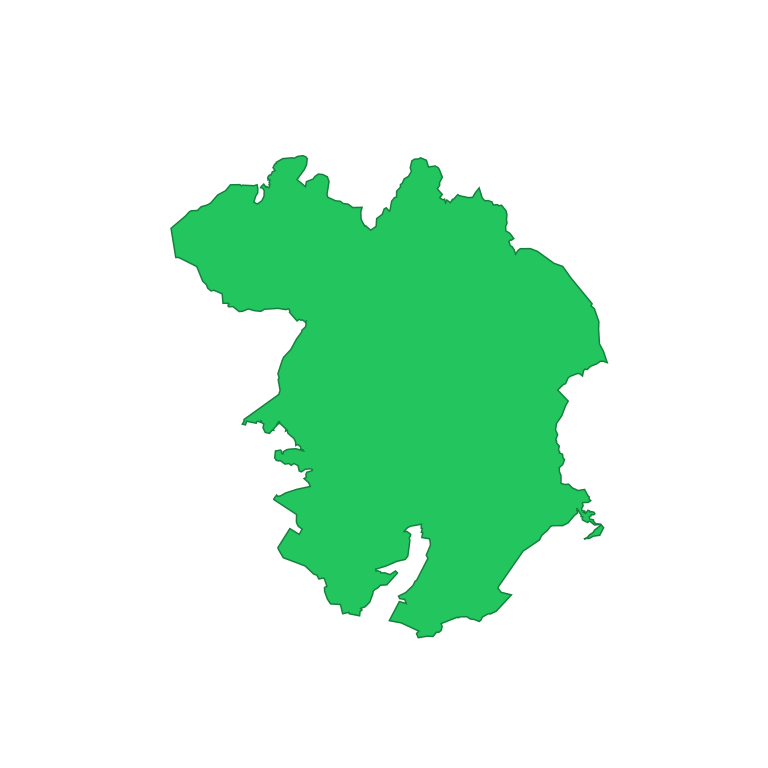 the district of Valle de Bravo, México, Mexico, rotated 212°
{"feature_id": "50627088B62549344911498", "entity_name": "Valle de Bravo", "entity_type": "district", "adm_level": 2, "iso_a3": "MEX", "parent_name": "Mexico", "parent_adm1": "México", "projection": "natural_earth1", "projection_center": [-100.12, 19.185], "detail": "fine", "context": "isolated", "style": "filled", "palette": "green", "viewbox_px": 768, "rotation_deg": 212, "n_neighbors": 0, "source": "geoboundaries", "source_scale": "gbopen_adm2", "svg_char_len": 6171}
<svg xmlns="http://www.w3.org/2000/svg" viewBox="0 0 768 768"><g transform="rotate(212 384 384)"><path d="M440.6,269.7L437.5,263.4L434.9,262.2L432.4,263.0L431.4,264.1L425.5,263.6L422.5,266.2L419.6,265.8L418.4,268.7L416.9,269.0L413.7,269.2L409.8,265.3L407.5,265.7L405.6,270.0L401.2,273.3L399.3,273.4L399.1,272.4L402.7,268.2L402.3,265.7L400.4,263.9L401.7,261.4L395.6,260.4L392.2,258.1L402.0,248.6L409.8,239.3L412.6,234.1L414.6,232.4L416.2,232.9L416.6,228.6L416.2,227.6L389.0,227.0L385.2,220.6L383.2,219.0L381.1,217.9L376.5,217.6L376.2,211.5L387.2,211.5L387.3,189.0L385.5,187.6L377.4,183.3L354.4,187.9L342.6,185.5L339.7,186.4L335.9,184.1L332.7,187.2L331.3,187.2L325.2,182.2L326.6,179.9L324.6,176.8L318.2,171.7L312.8,169.2L304.1,173.9L297.3,167.3L292.8,171.7L291.8,170.7L281.8,174.5L283.7,178.3L282.9,180.7L284.9,181.3L281.9,185.1L280.5,191.4L282.2,199.9L283.3,202.4L283.0,204.3L280.9,208.6L280.6,211.3L275.2,215.2L272.4,230.9L275.2,231.5L277.9,225.5L283.0,224.4L286.5,222.2L287.5,222.9L291.0,222.1L291.6,221.2L293.0,222.5L285.9,230.6L279.3,240.2L273.0,246.5L272.6,250.7L279.1,264.9L281.1,267.0L281.0,269.3L281.8,270.7L286.1,271.1L287.8,270.5L289.0,268.8L287.9,274.8L285.9,277.7L277.9,284.9L276.1,281.4L274.9,281.8L273.8,278.0L272.4,278.6L270.6,273.8L263.5,276.8L261.3,274.8L259.2,271.8L257.5,261.3L254.4,259.4L252.3,234.8L253.1,233.3L252.6,228.4L255.0,218.7L259.3,211.8L257.0,210.3L252.2,212.3L248.8,209.6L255.7,207.6L254.1,186.1L242.9,190.5L223.5,192.9L224.2,189.6L220.5,187.0L213.5,193.2L208.7,195.8L207.9,201.4L206.0,202.4L204.9,205.3L206.1,209.1L208.6,211.1L198.2,225.1L197.3,225.0L195.6,227.2L190.3,230.6L186.4,230.4L182.2,232.3L177.5,233.0L176.7,235.0L177.1,238.4L174.3,243.5L173.0,245.1L172.0,245.2L168.4,250.8L164.2,272.7L174.3,269.4L179.1,271.3L179.6,272.2L177.5,316.0L169.5,334.1L170.0,339.3L167.8,346.3L167.3,351.5L165.9,353.2L157.4,358.6L154.3,363.7L152.9,373.4L151.5,377.1L154.9,380.9L147.4,377.4L146.7,376.0L145.0,376.6L144.6,374.8L143.5,373.9L137.9,374.5L137.4,376.3L136.5,376.7L130.8,376.0L126.3,379.3L125.3,378.9L128.0,371.7L128.0,368.9L129.8,365.0L130.2,361.8L132.0,359.0L131.5,358.8L130.6,360.3L128.2,361.6L125.9,365.8L120.9,370.0L121.6,378.5L125.9,380.0L130.3,377.8L133.4,378.5L134.4,379.8L138.0,378.5L139.5,379.9L138.6,381.7L138.9,383.1L136.8,384.2L136.4,385.7L138.1,386.5L140.9,385.5L141.5,384.6L142.3,385.3L144.1,385.0L144.5,381.0L146.7,380.9L145.9,382.1L146.3,382.6L149.2,381.5L150.5,383.3L150.6,386.4L152.5,387.8L152.5,388.8L148.1,391.8L146.8,394.6L148.9,395.0L150.4,397.2L151.7,397.2L158.0,400.9L162.9,396.5L169.4,395.7L174.2,396.9L178.0,394.3L181.3,393.6L185.5,400.3L188.7,402.5L191.1,406.0L189.7,410.3L190.8,415.5L193.3,416.4L195.3,419.0L198.8,418.5L199.0,419.5L201.1,420.6L202.4,424.2L206.7,425.6L207.3,427.1L208.8,427.6L209.9,433.1L214.2,435.9L216.8,442.1L216.4,451.1L218.5,462.0L218.7,467.1L233.5,470.9L231.7,478.5L230.2,480.5L231.1,487.1L229.8,489.7L225.5,495.4L223.5,496.4L219.9,496.0L221.8,500.8L221.5,503.2L219.4,503.9L218.2,508.5L214.3,513.7L212.7,517.7L210.2,519.5L206.0,520.4L215.4,528.1L222.5,532.2L231.0,544.1L234.8,550.7L245.5,559.3L249.8,560.0L250.0,562.3L281.7,573.0L294.7,578.4L303.9,576.4L324.1,577.8L331.6,576.4L340.2,570.9L341.2,567.8L341.2,563.8L344.9,566.9L348.2,568.4L350.0,568.1L353.6,571.0L353.1,573.2L352.2,573.4L351.0,576.1L357.1,578.5L361.8,578.4L364.3,582.0L365.0,585.8L367.2,588.2L369.5,592.8L372.4,595.6L379.1,597.9L380.9,596.1L382.9,596.2L386.1,593.7L388.9,595.6L393.0,594.7L395.0,593.1L397.0,593.1L399.4,593.9L407.2,600.7L407.9,594.4L407.7,589.4L411.1,586.8L419.7,583.7L421.8,583.7L423.0,577.0L423.8,576.9L423.8,573.0L428.2,573.3L427.8,570.3L430.6,572.9L431.5,571.4L435.5,571.5L435.0,575.6L442.2,577.8L442.1,582.0L443.7,584.5L444.1,590.3L450.7,595.2L452.6,596.1L456.1,596.0L461.3,591.6L466.6,596.2L472.9,595.2L474.1,593.0L477.2,591.0L478.6,588.0L476.3,581.2L473.5,579.0L473.3,573.0L475.6,568.6L474.9,564.1L475.7,561.7L474.4,559.7L475.4,554.2L472.5,549.2L473.9,547.5L474.4,543.1L471.0,534.6L471.2,533.4L475.5,534.6L476.6,532.5L475.4,526.9L477.9,520.4L474.2,513.5L476.8,507.4L483.4,508.4L483.8,507.7L489.0,510.4L491.2,512.2L495.0,517.9L496.2,522.2L504.0,517.1L509.8,517.5L514.4,515.4L518.0,515.8L522.1,513.7L530.6,512.6L532.8,514.5L537.9,526.6L541.9,529.7L546.9,529.2L551.0,527.2L552.6,523.2L552.7,520.3L557.0,514.5L555.2,509.7L566.1,511.3L565.2,523.5L565.8,528.7L568.5,534.4L570.7,535.2L573.7,534.7L578.0,531.1L579.8,527.8L581.7,527.2L589.3,521.5L592.9,514.8L592.2,514.0L593.1,512.7L592.8,508.7L589.5,507.3L591.1,504.7L590.6,501.5L591.8,500.6L592.2,498.5L591.5,496.7L590.6,496.8L590.5,495.6L588.7,496.4L588.2,493.9L586.6,493.0L587.1,492.2L585.8,491.2L585.7,489.3L588.1,489.3L588.3,488.3L591.9,489.8L592.7,486.7L592.7,485.1L590.5,485.7L588.1,484.6L585.2,479.6L584.7,474.7L586.8,469.5L590.8,469.2L592.4,475.6L592.4,479.2L594.5,482.8L597.2,485.7L599.3,483.3L609.4,477.6L610.0,476.5L611.9,476.7L619.8,471.5L620.8,463.9L625.2,456.2L626.9,445.5L628.8,442.1L633.0,437.4L634.2,432.3L639.2,428.8L640.3,427.0L641.3,421.5L647.1,403.2L627.6,380.9L625.1,382.5L605.0,384.4L592.2,375.1L587.2,374.1L584.4,371.9L580.1,371.2L578.0,373.3L569.0,374.7L563.3,367.1L559.4,369.7L557.9,369.6L558.0,368.1L556.9,367.1L553.0,369.6L545.2,368.7L542.5,370.7L538.8,375.8L532.8,377.5L526.9,380.4L525.1,384.0L513.9,392.0L506.5,395.2L504.6,397.3L502.3,395.8L502.1,394.7L491.2,391.4L490.2,393.9L488.1,394.1L487.3,395.1L484.1,394.9L483.2,396.0L482.9,394.3L481.9,393.9L480.8,390.8L482.1,386.2L481.4,384.6L482.0,375.8L481.3,363.8L483.3,353.6L482.7,349.5L479.4,336.5L476.1,333.6L476.1,331.7L468.7,323.5L467.7,319.3L483.9,279.8L482.9,277.8L482.9,274.9L479.8,275.9L480.7,279.6L471.6,283.0L472.0,284.2L471.1,285.6L468.3,286.1L468.7,287.4L466.6,286.3L464.8,286.5L463.5,282.8L459.1,280.0L455.0,281.4L454.3,285.6L452.9,286.3L453.9,287.2L453.2,291.1L453.5,294.0L452.6,292.3L453.4,294.9L453.2,296.5L452.4,296.6L451.8,294.9L451.3,295.5L443.3,293.9L442.5,291.9L441.5,293.5L439.4,291.3L431.4,290.0L428.5,288.2L426.2,285.1L425.2,286.9L424.2,286.9L421.5,286.6L420.3,284.7L417.7,285.2L416.7,284.6L424.4,282.4L429.7,278.6L431.7,276.7L433.4,273.3L432.6,271.2L434.2,271.0L435.3,272.8L436.8,273.1L440.6,269.7Z" fill="#22c55e" stroke="#15803d" stroke-width="1.5"/></g></svg>